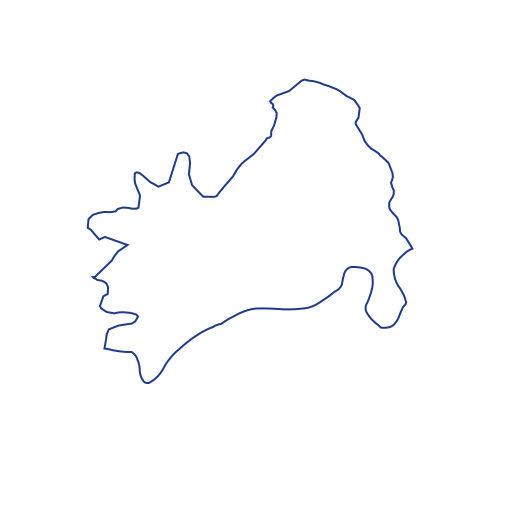 the district of Fariskur, Dumyat, Egypt, rotated 230°
{"feature_id": "37247803B71323814972136", "entity_name": "Fariskur", "entity_type": "district", "adm_level": 2, "iso_a3": "EGY", "parent_name": "Egypt", "parent_adm1": "Dumyat", "projection": "natural_earth1", "projection_center": [31.709, 31.31], "detail": "fine", "context": "isolated", "style": "outline", "palette": "blue", "viewbox_px": 512, "rotation_deg": 230, "n_neighbors": 0, "source": "geoboundaries", "source_scale": "gbopen_adm2", "svg_char_len": 6093}
<svg xmlns="http://www.w3.org/2000/svg" viewBox="0 0 512 512"><g transform="rotate(230 256 256)"><path d="M282.5,80.4L281.2,81.7L279.9,82.7L278.7,83.7L277.1,84.8L275.4,86.1L273.6,87.7L271.7,89.3L270.0,90.9L269.1,91.7L268.2,92.6L266.5,94.3L265.0,96.0L264.1,97.0L262.5,99.0L261.3,99.3L260.3,99.5L259.4,99.6L258.4,99.7L257.4,99.6L256.4,99.6L255.5,99.4L254.5,99.2L253.6,98.9L252.9,98.6L252.2,98.3L251.1,98.0L249.8,97.5L248.6,96.9L247.4,96.3L246.2,95.6L245.0,94.8L243.9,94.0L242.6,93.1L241.7,92.4L240.7,91.8L239.7,91.3L238.7,90.8L237.1,90.2L236.0,89.9L234.9,89.7L232.9,89.4L232.0,89.4L231.2,89.5L230.3,89.7L229.6,90.2L229.1,90.5L228.7,90.9L228.3,91.4L227.9,91.9L227.7,92.4L227.5,92.7L227.2,94.4L227.0,95.9L226.9,97.4L226.8,98.9L226.8,100.4L226.9,101.9L227.0,103.4L227.2,104.9L227.4,105.7L227.6,107.1L228.0,108.6L228.2,109.3L228.4,110.0L228.9,111.5L229.8,113.8L230.5,115.7L230.9,116.7L231.5,118.6L232.0,120.6L232.3,121.6L232.5,122.6L232.9,124.6L233.3,126.6L233.6,128.6L233.7,129.7L233.9,131.7L234.0,133.8L234.0,134.8L234.0,136.8L234.0,138.1L234.1,139.9L234.2,142.9L234.2,145.9L234.1,148.9L234.0,150.4L233.9,153.3L233.8,154.8L233.5,157.8L233.2,160.1L233.0,162.1L232.5,165.4L232.2,166.5L231.7,168.9L231.2,171.2L230.9,172.3L230.2,174.6L229.2,177.6L229.0,179.1L228.8,180.2L228.6,180.7L228.4,181.3L228.1,182.3L227.6,183.3L227.4,183.8L226.9,184.8L226.3,185.7L226.1,188.4L225.9,190.5L225.6,192.7L225.3,194.8L225.1,195.8L224.6,197.9L223.9,200.9L223.4,203.4L223.2,204.4L222.8,206.3L222.5,207.2L221.9,209.1L221.3,211.0L221.0,211.9L220.3,213.7L219.9,214.6L219.5,215.5L218.7,217.2L217.8,218.9L217.3,219.8L215.9,222.1L213.3,225.3L212.0,226.9L209.3,230.0L207.4,232.2L205.2,234.6L202.4,237.6L199.6,240.6L197.3,242.9L196.7,243.7L195.7,244.8L193.7,247.2L191.8,249.6L189.9,252.1L188.1,254.6L186.3,257.2L184.6,259.7L183.1,262.2L182.5,263.4L181.9,265.0L181.3,266.5L180.8,268.1L180.6,268.9L180.2,270.5L180.1,271.3L179.8,273.0L179.5,274.6L179.5,275.4L179.3,277.0L179.0,279.6L178.7,282.2L178.4,284.8L178.3,287.4L178.2,290.0L178.1,293.3L177.9,294.2L177.7,295.2L177.6,296.1L177.5,296.6L177.5,297.1L177.5,298.0L177.6,299.0L177.7,299.4L177.8,300.4L178.1,301.3L178.4,302.2L178.6,302.6L179.1,303.8L180.7,305.5L181.9,307.0L183.1,308.5L183.6,309.3L184.9,311.0L185.5,311.8L186.0,312.5L186.3,313.2L186.7,313.9L186.8,314.3L187.0,315.0L187.2,315.8L187.3,316.2L187.4,317.0L187.4,317.4L187.3,318.2L187.2,319.0L187.2,319.4L187.0,320.2L186.9,320.5L186.6,321.2L186.2,322.0L184.8,323.8L183.7,325.0L182.5,326.2L181.3,327.4L180.7,328.0L179.4,329.1L178.1,330.1L176.9,331.0L175.7,331.7L174.5,332.3L173.6,332.6L172.7,332.8L171.4,333.0L170.2,333.1L169.1,333.1L167.7,332.9L166.7,332.6L165.3,331.8L164.0,331.0L162.8,330.1L161.6,329.2L160.4,328.2L159.3,327.1L158.2,326.1L156.9,324.6L155.5,322.6L154.1,320.6L152.8,318.5L152.1,317.5L150.9,315.4L150.3,314.3L149.1,312.1L148.7,311.3L148.6,311.0L148.4,310.2L148.2,309.8L147.8,309.1L147.4,308.4L146.9,307.7L146.7,307.4L146.1,306.9L145.5,306.3L145.2,306.1L144.9,305.9L144.2,305.4L143.5,305.1L142.4,304.7L141.7,304.5L140.1,304.2L138.4,304.1L136.8,303.9L135.2,303.9L133.5,303.9L131.1,304.1L129.4,304.3L127.8,304.5L126.4,304.8L125.0,305.2L121.9,305.5L121.3,305.6L121.1,305.6L120.3,306.2L119.4,307.1L118.6,308.1L118.2,308.6L117.8,309.1L117.1,310.1L116.4,311.2L115.9,312.1L115.7,312.6L115.4,313.4L115.1,314.2L115.0,314.6L115.0,315.1L114.9,315.9L114.8,316.8L114.8,317.7L115.0,318.8L115.1,319.4L115.3,320.6L115.7,321.8L116.0,323.0L116.3,323.6L116.7,324.8L117.3,325.9L117.9,327.0L118.8,328.6L119.7,330.3L120.6,332.0L121.4,333.8L122.2,335.5L122.6,336.6L122.6,337.2L122.7,338.0L122.8,338.7L123.0,339.4L123.2,339.7L123.5,340.3L123.8,341.0L124.1,341.4L124.5,341.5L126.4,342.3L128.7,343.3L131.2,344.1L132.8,344.5L135.3,345.0L136.9,345.3L139.5,345.6L141.3,345.7L142.6,345.9L144.8,346.4L146.9,347.0L148.3,347.5L149.6,348.1L150.9,348.7L152.2,349.4L153.5,350.1L154.7,350.9L155.9,351.8L157.3,352.9L157.9,353.7L158.6,354.9L158.9,355.5L159.5,356.7L160.1,358.0L160.3,358.7L160.8,360.0L161.2,361.3L161.4,361.9L161.7,363.3L162.0,364.7L162.1,365.4L162.1,366.1L162.2,367.4L162.3,369.5L162.4,371.1L162.4,372.4L162.4,373.8L162.3,375.2L162.1,376.5L162.0,377.2L161.7,378.5L161.5,379.2L161.1,380.5L162.3,380.8L168.4,381.7L173.1,382.4L178.9,381.4L182.0,382.0L185.1,384.2L192.5,388.2L195.6,388.8L200.3,388.4L205.6,388.5L208.2,389.7L211.3,392.5L212.8,396.3L213.3,398.5L214.9,401.3L217.5,403.6L221.1,404.7L225.3,406.5L226.8,409.2L228.4,411.5L231.5,413.7L236.7,415.5L241.4,417.2L243.0,417.3L250.9,416.3L253.5,415.8L255.6,415.9L259.3,414.9L264.1,413.3L268.3,412.8L274.1,413.0L280.4,415.3L293.0,417.2L294.5,418.3L296.0,423.3L302.7,430.6L306.9,431.2L308.5,431.2L311.5,431.6L313.4,431.2L320.4,428.2L328.6,426.2L332.0,424.9L338.6,421.4L343.8,418.1L347.7,416.1L353.0,412.4L356.6,409.0L359.1,407.2L359.9,406.5L361.0,403.8L361.1,387.3L365.7,374.8L365.8,370.4L365.4,366.2L363.8,365.9L361.6,366.5L360.0,365.9L359.0,364.2L355.8,364.5L352.2,363.8L349.1,360.7L344.3,353.7L341.9,348.0L338.2,344.8L338.0,342.7L339.2,339.7L338.4,338.0L335.7,320.9L335.6,319.5L336.0,307.8L335.9,305.0L335.7,302.7L334.3,296.6L331.8,289.6L329.5,275.2L329.0,273.2L328.5,269.6L327.2,264.3L327.9,262.4L335.3,253.7L350.7,252.6L351.4,252.6L361.5,257.0L369.8,265.4L371.1,266.2L374.7,268.6L375.3,268.8L378.7,269.2L380.9,267.9L382.3,266.6L384.4,261.8L368.4,236.6L371.8,225.9L378.3,223.4L380.3,222.6L382.4,222.2L390.5,221.0L394.5,220.1L396.8,218.3L397.2,216.3L393.0,212.4L389.4,210.1L382.1,207.7L376.8,206.0L368.6,197.0L369.1,194.8L371.8,191.6L374.5,189.5L378.7,185.2L380.9,180.3L380.5,177.0L383.2,172.6L387.5,167.8L390.2,162.9L392.4,157.5L391.9,151.4L385.7,145.2L382.5,146.3L369.4,146.5L367.7,152.5L347.0,164.7L348.2,153.2L346.7,146.6L345.2,142.7L343.5,119.1L344.7,117.5L343.5,117.5L341.9,118.5L339.8,119.0L337.7,120.6L336.1,122.2L331.3,123.8L327.1,122.6L323.0,118.7L322.2,118.0L323.3,113.2L318.0,104.3L315.3,103.7L309.0,105.7L305.8,108.4L303.1,110.6L301.5,113.8L298.8,117.6L292.9,123.5L288.1,126.7L285.5,126.7L284.5,124.4L283.5,121.1L284.1,117.3L286.2,114.1L291.1,105.9L294.4,96.1L291.8,91.1L288.7,87.8L283.2,81.2L282.5,80.4Z" fill="none" stroke="#1e3a8a" stroke-width="2"/></g></svg>